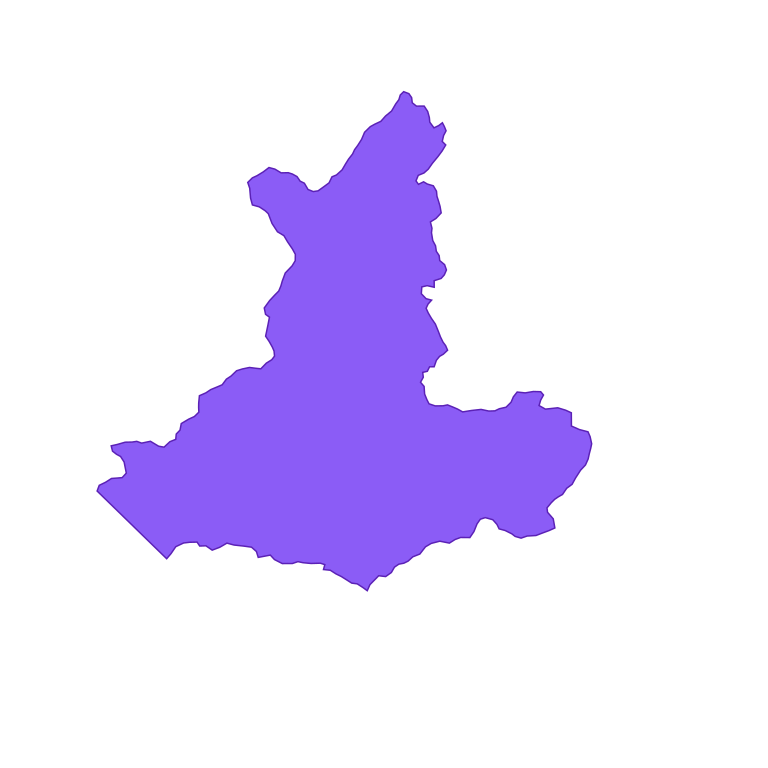 Aurilândia, Goiás, Brazil, rotated 31°
{"feature_id": "56859067B84953153729740", "entity_name": "Aurilândia", "entity_type": "district", "adm_level": 2, "iso_a3": "BRA", "parent_name": "Brazil", "parent_adm1": "Goiás", "projection": "mercator", "projection_center": [-50.529, -16.677], "detail": "fine", "context": "isolated", "style": "filled", "palette": "violet", "viewbox_px": 768, "rotation_deg": 31, "n_neighbors": 0, "source": "geoboundaries", "source_scale": "gbopen_adm2", "svg_char_len": 3734}
<svg xmlns="http://www.w3.org/2000/svg" viewBox="0 0 768 768"><g transform="rotate(31 384 384)"><path d="M313.8,147.3L309.0,146.1L307.1,140.3L306.8,135.0L303.1,132.2L299.5,130.0L297.8,134.3L294.9,138.7L288.4,136.0L285.6,132.2L281.1,127.9L275.3,125.1L268.7,129.1L263.4,128.4L260.2,124.3L255.8,122.3L250.3,123.3L249.1,127.9L250.3,132.6L249.8,137.9L249.9,146.1L247.3,153.5L246.0,160.5L242.3,166.0L239.7,170.5L237.7,178.2L238.8,185.9L238.6,193.1L238.1,198.3L238.6,203.0L237.8,209.5L237.7,215.3L237.8,222.0L235.6,229.3L232.7,233.2L233.3,239.9L230.6,246.4L228.0,252.4L224.2,255.5L218.7,256.4L212.3,252.9L207.6,253.3L202.6,251.0L197.3,251.2L193.1,252.2L187.1,256.0L179.8,256.0L173.9,257.7L171.3,264.3L167.9,270.8L165.0,275.1L163.4,281.4L168.1,285.4L173.9,293.4L179.0,298.3L185.8,296.4L193.0,296.7L197.1,297.6L205.4,304.1L214.3,308.4L221.8,308.4L228.1,311.8L235.9,315.4L241.2,318.5L244.4,324.0L244.4,330.0L242.2,339.7L243.8,348.2L245.1,353.0L245.9,358.5L244.5,364.3L243.0,371.4L242.2,380.5L246.6,385.3L251.4,385.7L254.2,393.4L257.9,404.0L263.7,406.7L269.3,409.9L272.8,412.4L275.8,416.5L275.3,421.0L272.4,426.7L270.6,434.4L266.1,436.5L260.2,439.1L254.9,444.0L250.8,448.6L248.8,456.0L246.4,461.0L245.7,468.0L243.2,471.5L238.4,478.0L235.9,483.3L231.8,489.1L235.0,495.8L237.2,499.6L239.8,503.5L238.2,509.6L234.7,514.7L230.6,522.3L232.9,528.6L231.7,533.9L234.0,538.7L230.2,543.7L228.0,551.4L222.8,553.4L213.3,553.4L206.7,559.5L201.6,560.5L198.0,563.5L192.1,567.2L186.5,573.2L182.0,577.5L185.9,581.4L190.9,582.0L195.5,581.8L201.4,584.7L209.0,593.1L207.8,599.1L203.1,602.5L199.1,605.3L195.9,611.7L192.1,617.5L193.2,623.5L287.7,645.7L288.8,639.1L289.3,630.7L294.1,623.5L299.0,619.7L305.2,615.8L309.5,617.8L314.7,614.4L322.3,614.9L327.4,608.4L331.3,601.3L338.3,599.3L347.2,595.2L354.5,592.1L360.9,593.3L365.5,597.4L374.7,589.2L380.5,590.9L389.3,590.3L393.7,587.6L397.9,585.1L401.7,580.6L406.6,578.9L413.9,575.4L421.7,570.4L426.3,569.3L427.7,574.2L433.9,571.3L440.6,571.5L446.5,571.0L458.9,571.3L464.0,569.1L470.4,569.3L476.1,569.8L475.3,563.2L478.2,551.1L484.6,548.2L487.4,541.8L487.3,535.6L489.5,530.8L493.3,527.4L495.9,523.4L497.7,517.3L502.3,511.3L503.4,502.2L506.6,496.3L512.8,490.0L522.0,486.7L525.0,480.7L528.7,476.1L536.7,471.4L537.1,464.2L535.8,456.0L536.2,450.3L539.6,446.4L547.1,444.3L553.2,446.2L557.3,448.9L563.2,447.2L570.7,446.6L574.9,447.1L580.9,445.5L585.0,440.6L592.3,435.6L596.2,430.6L601.0,424.6L604.6,419.4L598.5,412.4L590.2,409.7L587.5,406.2L588.5,399.7L589.7,394.9L591.6,390.8L593.9,386.7L594.3,379.3L596.9,373.1L596.6,366.0L596.9,356.6L598.4,349.6L597.6,343.1L595.9,338.1L594.3,332.6L592.8,328.3L587.8,323.0L583.5,319.9L575.0,322.4L566.3,323.5L559.4,312.2L553.2,312.9L545.2,314.9L535.3,322.4L528.0,322.6L526.6,317.1L526.4,311.3L522.3,309.9L515.9,313.5L509.6,318.9L502.3,322.3L501.5,328.3L502.3,334.2L500.6,341.0L495.6,345.8L492.9,349.9L487.8,353.2L480.3,355.8L472.7,361.6L465.8,367.4L459.9,367.6L454.8,368.3L449.2,369.2L445.8,372.3L439.2,376.4L432.8,377.8L428.8,375.3L424.0,371.7L419.6,365.4L414.4,363.7L414.2,358.0L411.2,354.1L414.6,350.8L414.2,345.8L418.1,343.4L416.7,336.7L417.4,331.7L419.5,327.9L421.1,322.3L417.1,319.4L413.0,317.7L408.2,314.6L403.6,311.0L397.2,306.2L390.8,303.3L385.3,300.3L381.1,297.4L380.6,292.8L381.6,287.6L376.1,289.2L369.5,287.4L366.4,281.3L370.3,277.5L377.2,275.2L373.8,269.6L378.6,264.1L379.5,259.4L378.8,254.1L374.5,250.5L368.2,249.5L365.1,245.5L360.5,243.3L357.0,239.0L351.9,235.9L346.8,229.9L344.9,225.8L340.3,221.2L343.3,215.3L344.9,207.9L340.5,202.8L336.6,199.2L332.7,195.8L329.7,191.7L324.2,188.7L318.1,190.3L313.8,190.3L310.7,195.1L306.8,193.4L305.9,187.5L309.6,182.5L311.3,177.0L311.8,170.0L313.1,161.3L313.8,154.4L313.8,147.3Z" fill="#8b5cf6" stroke="#5b21b6" stroke-width="1.5"/></g></svg>